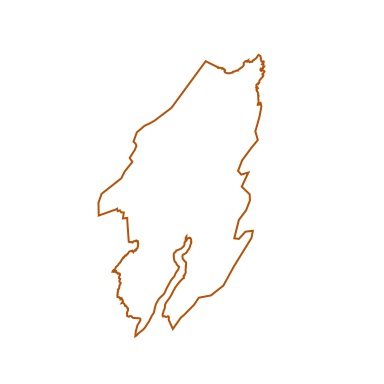 Årdal nor, Sogn og Fjordane, Norway (Robinson projection), rotated 305°
{"feature_id": "86288312B26469823377508", "entity_name": "Årdal nor", "entity_type": "district", "adm_level": 2, "iso_a3": "NOR", "parent_name": "Norway", "parent_adm1": "Sogn og Fjordane", "projection": "robinson", "projection_center": [7.89, 61.286], "detail": "fine", "context": "isolated", "style": "outline", "palette": "amber", "viewbox_px": 384, "rotation_deg": 305, "n_neighbors": 0, "source": "geoboundaries", "source_scale": "gbopen_adm2", "svg_char_len": 5896}
<svg xmlns="http://www.w3.org/2000/svg" viewBox="0 0 384 384"><g transform="rotate(305 192 192)"><path d="M246.7,214.9L262.1,215.3L272.3,216.1L278.0,209.1L287.0,206.0L293.1,203.8L302.0,199.7L304.2,197.2L303.7,197.1L304.0,196.9L303.8,196.8L303.3,196.7L303.2,196.9L302.6,196.9L302.5,196.6L301.8,196.6L301.6,196.3L302.2,196.0L301.4,196.2L301.1,195.9L301.5,195.6L303.8,195.0L305.4,193.7L305.8,193.5L306.0,193.1L307.0,192.3L309.0,191.4L309.0,191.1L308.8,191.0L309.6,190.3L310.8,189.6L311.3,189.0L311.5,188.1L312.1,187.1L312.5,186.9L312.5,186.4L313.4,186.2L313.3,185.9L313.9,185.6L314.2,184.9L314.7,185.2L315.0,186.1L315.3,185.7L315.3,184.9L315.7,184.5L315.8,183.8L316.1,183.7L316.4,183.4L316.9,183.3L318.6,183.8L318.6,184.1L319.1,183.8L319.9,184.4L320.3,184.4L320.9,183.8L322.2,183.3L323.6,183.5L324.7,183.4L326.4,183.8L327.6,183.8L328.5,183.6L328.8,183.3L328.8,182.9L328.5,182.5L328.9,182.0L330.3,182.2L330.7,182.4L332.4,182.2L332.5,181.1L332.4,180.4L332.1,180.0L330.9,179.4L330.9,178.7L331.8,178.0L330.8,178.2L331.3,177.9L330.8,177.4L331.3,177.7L332.7,177.7L332.8,178.3L333.7,178.6L333.8,178.9L334.0,178.9L334.2,179.1L334.5,178.9L335.0,178.9L335.6,179.1L335.8,179.1L335.5,178.7L335.6,178.4L336.9,177.9L337.6,177.3L337.1,177.0L336.9,176.4L338.3,176.6L338.8,176.4L338.5,176.2L339.4,176.2L340.0,176.0L340.1,175.7L339.4,175.2L338.8,174.6L338.7,174.1L339.1,173.7L339.4,173.3L340.1,172.3L340.8,171.9L342.6,170.1L342.5,167.9L341.3,167.7L338.8,167.9L337.0,167.4L336.1,167.0L335.8,167.1L334.6,166.4L333.5,166.6L333.5,166.4L333.1,166.3L332.3,165.6L332.1,165.1L331.6,164.9L331.7,164.7L331.7,164.3L332.0,164.4L332.0,164.1L331.2,163.3L331.4,163.3L331.4,163.2L330.8,162.3L331.3,162.2L330.7,162.0L330.8,161.7L330.1,161.0L329.0,160.5L327.3,160.4L326.5,160.8L326.1,161.3L325.5,161.7L324.5,161.7L322.4,161.3L322.2,161.0L318.6,159.9L317.7,160.0L317.0,159.0L316.9,158.6L315.5,158.0L314.8,157.5L314.2,156.6L313.6,156.6L313.2,156.8L312.9,156.6L312.3,155.8L311.0,154.9L309.8,153.3L309.2,151.6L309.0,150.5L309.1,149.9L309.4,149.5L310.6,149.4L310.9,149.0L310.9,148.3L310.7,147.9L311.1,147.3L310.9,146.7L311.0,146.1L310.2,145.9L310.5,145.2L309.7,143.4L308.6,142.4L308.6,142.1L309.2,141.7L309.3,141.3L308.9,141.0L307.3,130.4L307.0,128.2L249.1,126.9L228.7,120.3L223.9,118.0L219.1,115.2L209.2,112.6L199.7,115.2L199.3,117.9L198.0,120.0L193.7,121.0L184.2,121.4L184.0,121.7L182.5,125.9L170.3,125.1L162.6,126.2L138.7,119.0L129.6,121.5L119.2,129.1L134.4,139.9L135.3,140.2L133.7,142.1L135.6,143.5L134.7,145.6L136.1,147.9L130.7,150.6L133.6,153.8L130.3,156.3L114.9,168.8L115.4,170.1L116.1,170.6L116.3,171.5L116.3,172.1L116.9,172.4L117.9,172.3L119.2,173.4L119.5,174.2L120.1,174.2L119.9,174.8L120.4,175.0L120.7,175.8L118.6,177.5L118.6,177.8L117.0,178.4L116.7,178.8L115.3,179.2L114.9,179.5L113.3,179.1L113.3,179.4L112.3,179.6L111.4,179.3L111.3,178.5L110.5,178.3L109.1,178.5L109.2,178.1L109.4,178.0L109.4,177.4L109.0,177.0L108.9,176.6L109.3,176.4L107.2,174.8L106.1,174.7L105.0,174.9L104.1,174.7L103.7,174.8L103.3,174.4L101.9,174.4L101.8,173.8L101.4,173.7L100.6,173.7L98.5,173.2L98.1,173.4L98.2,173.6L96.6,173.3L92.4,173.6L91.9,173.3L91.1,173.2L89.6,173.4L87.1,172.8L83.9,173.2L83.3,172.8L83.1,172.5L81.8,172.4L81.2,172.6L81.6,173.0L81.5,173.4L81.9,173.8L83.5,175.0L82.8,175.3L83.1,175.7L82.6,176.3L82.9,177.0L83.2,177.3L82.6,178.3L82.9,178.4L83.5,178.9L83.3,179.5L83.5,179.8L83.1,180.4L82.3,180.7L81.2,180.8L79.5,181.7L79.6,183.1L79.3,183.2L77.7,183.4L77.0,183.9L76.7,184.4L76.7,185.7L75.9,186.0L73.7,186.2L73.4,186.6L72.7,186.8L71.9,187.3L70.9,187.5L69.8,187.3L69.7,187.8L68.9,187.9L68.3,188.5L67.5,188.4L67.2,188.9L66.3,189.1L65.6,189.9L64.8,189.9L63.3,191.2L64.1,192.1L63.6,193.4L64.1,193.9L64.2,194.3L63.8,194.7L63.0,195.1L63.5,195.6L64.4,195.6L63.8,196.7L63.8,197.0L62.9,198.1L60.9,198.2L61.6,198.7L61.8,199.2L61.6,199.8L61.6,200.6L60.8,201.8L60.9,202.1L60.3,202.6L60.9,203.2L59.7,206.1L59.9,206.4L58.2,207.5L56.2,207.8L53.3,209.9L53.4,211.4L53.9,212.0L54.7,212.3L55.2,212.8L55.4,213.2L55.5,214.1L55.1,214.7L55.1,216.0L58.1,220.9L58.6,222.1L58.4,222.6L57.4,223.3L55.1,223.6L51.6,223.7L45.6,225.9L41.4,228.3L43.4,229.0L45.1,229.1L47.6,229.8L51.0,230.9L54.5,231.3L56.9,231.1L62.2,231.0L63.6,230.6L65.8,230.4L67.1,230.1L70.9,230.0L72.1,229.7L73.5,229.0L78.4,227.1L80.0,226.7L83.5,226.3L85.7,226.2L89.2,226.8L90.6,227.3L93.3,227.5L98.9,226.4L107.3,225.5L109.3,225.5L113.0,225.9L115.6,225.3L117.0,225.1L119.7,225.2L122.4,224.7L123.4,224.3L123.5,223.8L123.4,223.0L123.7,221.7L124.0,220.8L124.6,220.1L124.8,219.5L125.1,219.0L125.0,218.3L125.4,217.3L127.3,215.2L130.1,213.0L131.1,212.5L132.9,212.6L133.6,212.9L134.9,212.7L137.9,214.7L139.3,215.5L141.5,216.1L143.2,216.3L144.9,215.9L146.2,214.9L147.5,215.0L149.8,213.9L151.5,212.7L151.3,213.0L152.2,213.0L151.9,213.2L151.0,213.4L149.9,214.2L148.5,214.7L148.3,215.0L149.1,215.3L148.8,215.2L149.3,215.1L149.3,215.3L150.5,215.0L152.2,215.5L152.6,216.1L153.3,216.4L153.3,216.7L153.1,217.0L153.2,217.6L152.8,218.3L151.4,219.5L150.5,219.7L150.5,220.2L150.3,220.3L149.5,220.7L147.9,221.0L145.6,221.8L143.9,222.1L141.2,222.0L140.1,222.3L138.3,222.0L135.8,220.8L134.9,220.6L134.3,220.8L133.2,221.5L132.2,222.5L131.4,224.4L131.5,224.9L131.1,225.5L131.1,226.4L130.9,226.9L131.0,227.3L130.3,228.1L127.7,229.6L127.1,229.7L126.9,230.1L124.0,231.7L123.2,232.6L122.1,233.2L118.7,233.3L118.8,233.6L118.2,233.5L116.9,234.7L115.4,234.0L111.0,233.3L103.9,233.0L102.1,233.4L100.8,233.3L97.5,233.9L93.1,234.4L85.9,234.2L84.1,234.7L81.1,236.4L78.1,237.0L76.9,237.6L75.1,238.0L73.6,239.2L73.4,239.6L74.2,240.3L74.2,240.6L74.5,241.0L74.8,242.6L76.4,243.6L76.6,244.0L76.4,244.6L75.5,245.4L74.0,246.1L68.8,254.9L82.8,254.9L86.7,256.0L101.0,258.4L109.3,258.2L118.1,266.8L133.3,271.4L155.1,269.0L188.4,267.1L195.1,264.1L190.2,258.6L180.5,257.3L178.3,253.2L196.0,246.4L208.1,246.8L218.3,244.3L223.2,240.5L224.9,229.7L240.3,227.0L234.5,222.4L235.7,217.6L246.7,214.9Z" fill="none" stroke="#b45309" stroke-width="2"/></g></svg>